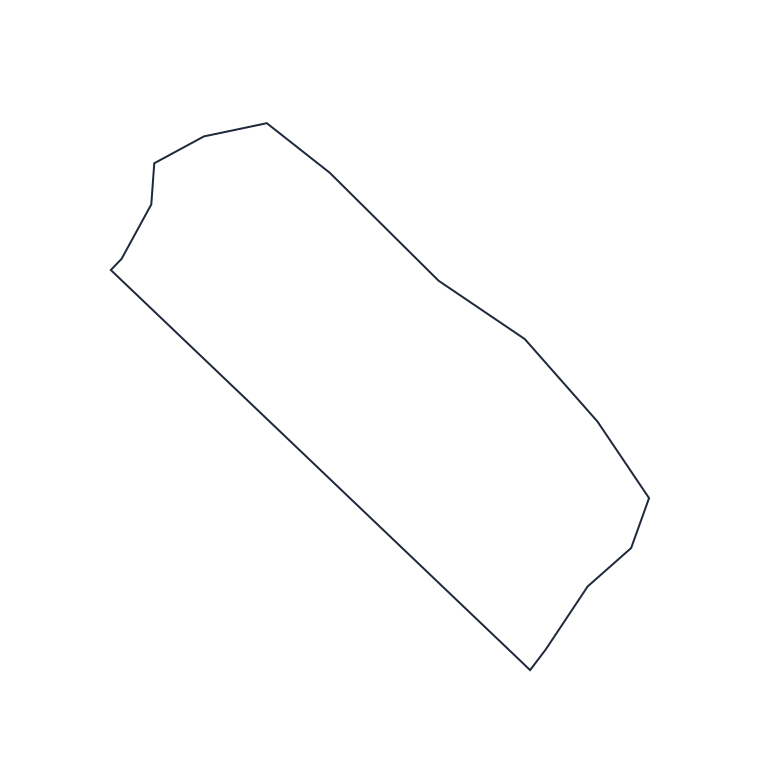 the border of Dundee, rotated 52°
{"feature_id": "GBR-2020", "entity_name": "Dundee", "entity_type": "Unitary District (city)", "adm_level": 1, "iso_a3": "GBR", "parent_name": "United Kingdom", "parent_adm1": "", "projection": "mercator", "projection_center": [-2.949, 56.485], "detail": "fine", "context": "isolated", "style": "outline", "palette": "slate", "viewbox_px": 768, "rotation_deg": 52, "n_neighbors": 0, "source": "natural_earth", "source_scale": "10m", "svg_char_len": 354}
<svg xmlns="http://www.w3.org/2000/svg" viewBox="0 0 768 768"><g transform="rotate(52 384 384)"><path d="M699.4,445.0L126.0,529.1L123.8,513.7L99.2,456.8L68.6,429.1L78.0,373.5L106.3,315.8L184.2,296.7L336.3,277.4L435.3,245.4L545.0,238.9L637.1,245.4L665.4,290.2L668.9,348.1L692.7,419.8L699.4,445.0Z" fill="none" stroke="#1e293b" stroke-width="2"/></g></svg>